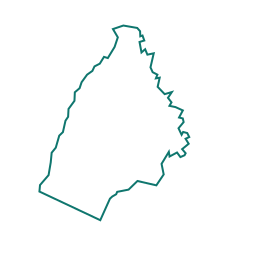 outline of Calhoun, Arkansas, United States of America, rotated 203°
{"feature_id": "52423323B83504400209000", "entity_name": "Calhoun", "entity_type": "district", "adm_level": 2, "iso_a3": "USA", "parent_name": "United States of America", "parent_adm1": "Arkansas", "projection": "equal_earth", "projection_center": [-92.533, 33.536], "detail": "fine", "context": "isolated", "style": "outline", "palette": "teal", "viewbox_px": 256, "rotation_deg": 203, "n_neighbors": 0, "source": "geoboundaries", "source_scale": "gbopen_adm2", "svg_char_len": 1035}
<svg xmlns="http://www.w3.org/2000/svg" viewBox="0 0 256 256"><g transform="rotate(203 128 128)"><path d="M184.7,34.9L117.5,32.3L117.0,55.9L115.7,58.8L113.0,62.4L113.0,65.0L103.4,71.5L98.6,82.9L79.5,86.3L77.0,99.2L83.1,108.1L81.1,122.0L78.6,118.0L73.3,124.6L68.4,121.7L65.3,125.0L65.1,127.3L69.9,129.7L66.0,137.2L70.8,140.6L68.1,143.6L71.5,146.5L75.7,145.9L76.0,142.7L81.4,147.5L79.1,155.2L81.3,158.2L85.1,157.6L84.4,165.6L92.5,165.8L98.5,164.6L98.0,168.6L103.0,171.4L101.7,178.2L107.5,173.5L116.8,177.5L118.5,186.7L121.7,184.6L121.8,188.6L127.1,189.0L131.0,192.6L133.5,206.8L138.8,203.1L143.0,207.2L145.1,202.8L151.0,211.7L147.2,214.9L150.8,218.8L152.5,217.2L154.7,221.8L158.6,223.7L172.3,220.5L180.5,213.2L172.8,207.5L172.0,197.4L173.9,184.5L177.9,184.1L179.1,176.2L182.9,171.6L183.1,166.6L186.5,161.1L188.6,152.0L188.1,145.7L190.9,140.1L187.9,132.1L190.2,122.3L187.5,114.9L188.4,110.3L186.3,98.8L188.3,94.1L186.8,81.7L188.6,75.4L185.7,66.2L182.7,53.6L186.7,41.1L184.7,34.9Z" fill="none" stroke="#0f766e" stroke-width="2"/></g></svg>